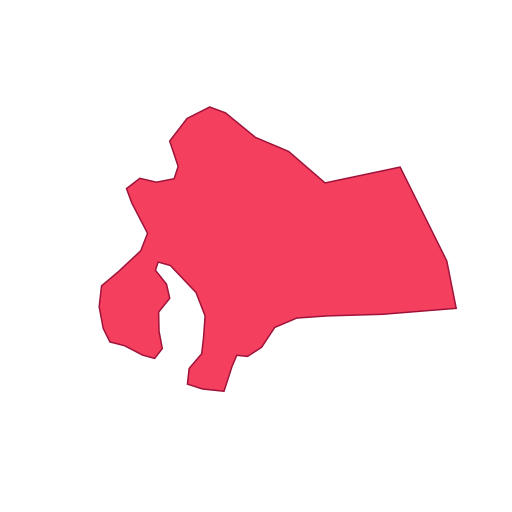 outline of San Pawl il-Bahar, rotated 57°
{"feature_id": "MLT-5926", "entity_name": "San Pawl il-Bahar", "entity_type": "state/province", "adm_level": 1, "iso_a3": "MLT", "parent_name": "Malta", "parent_adm1": "", "projection": "albers", "projection_center": [14.403, 35.938], "detail": "fine", "context": "isolated", "style": "filled", "palette": "rose", "viewbox_px": 512, "rotation_deg": 57, "n_neighbors": 0, "source": "natural_earth", "source_scale": "10m", "svg_char_len": 779}
<svg xmlns="http://www.w3.org/2000/svg" viewBox="0 0 512 512"><g transform="rotate(57 256 256)"><path d="M259.9,86.7L364.1,98.7L408.9,116.6L373.7,181.8L345.1,228.8L330.2,255.7L326.1,279.2L335.6,301.0L335.6,317.8L328.8,326.2L335.6,336.3L352.0,356.5L338.4,373.3L326.1,383.3L313.9,373.3L308.4,354.8L296.2,344.7L278.5,331.3L254.0,326.2L217.3,333.0L207.8,341.4L213.2,348.1L230.9,346.4L244.5,351.4L250.0,368.2L266.3,378.3L282.6,385.0L286.7,396.8L277.2,405.2L259.5,415.2L248.6,425.3L233.6,423.6L213.2,415.2L196.9,401.8L194.2,380.0L188.8,349.7L177.9,334.6L143.9,331.3L128.9,327.9L127.6,311.1L139.8,299.4L146.6,282.6L138.5,272.5L112.6,265.8L103.1,238.9L105.8,213.7L119.4,203.6L156.2,191.9L186.1,171.7L232.3,158.3L259.9,86.7Z" fill="#f43f5e" stroke="#9f1239" stroke-width="1.5"/></g></svg>